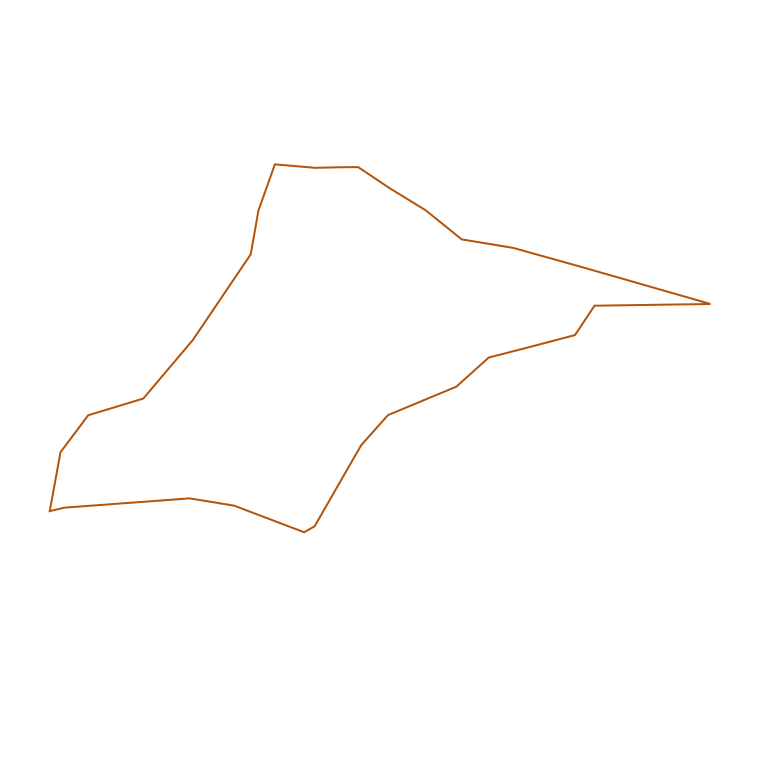 the Municipality of Az Zawiyah, rotated 194°
{"feature_id": "LBY-2975", "entity_name": "Az Zawiyah", "entity_type": "Municipality", "adm_level": 1, "iso_a3": "LBY", "parent_name": "Libya", "parent_adm1": "", "projection": "equal_earth", "projection_center": [12.658, 32.555], "detail": "fine", "context": "isolated", "style": "outline", "palette": "amber", "viewbox_px": 768, "rotation_deg": 194, "n_neighbors": 0, "source": "natural_earth", "source_scale": "10m", "svg_char_len": 585}
<svg xmlns="http://www.w3.org/2000/svg" viewBox="0 0 768 768"><g transform="rotate(194 384 384)"><path d="M425.6,220.8L500.0,229.7L545.0,226.0L663.9,186.8L677.6,179.8L677.9,184.1L678.1,188.3L681.4,239.5L664.9,278.6L663.5,282.1L614.0,311.7L593.3,353.7L580.1,380.5L544.7,477.6L547.8,522.0L543.0,570.7L503.1,577.1L480.4,583.3L461.6,588.2L425.8,575.3L385.8,562.7L343.6,543.1L291.5,547.3L220.4,545.3L86.6,540.6L198.7,510.9L210.5,477.7L251.7,455.1L288.8,435.0L313.1,399.0L372.6,354.8L391.3,319.2L416.9,229.2L425.5,220.9L425.6,220.8Z" fill="none" stroke="#b45309" stroke-width="2"/></g></svg>